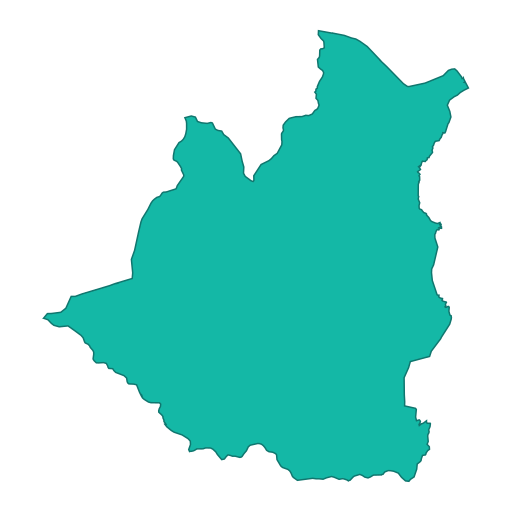 Empat Lawang, Sumatera Selatan, Indonesia
{"feature_id": "22746128B47089116764549", "entity_name": "Empat Lawang", "entity_type": "district", "adm_level": 2, "iso_a3": "IDN", "parent_name": "Indonesia", "parent_adm1": "Sumatera Selatan", "projection": "albers", "projection_center": [102.962, -3.717], "detail": "fine", "context": "isolated", "style": "filled", "palette": "teal", "viewbox_px": 512, "rotation_deg": 0, "n_neighbors": 0, "source": "geoboundaries", "source_scale": "gbopen_adm2", "svg_char_len": 6015}
<svg xmlns="http://www.w3.org/2000/svg" viewBox="0 0 512 512"><path d="M332.3,33.2L318.5,30.7L318.3,34.7L321.1,38.6L323.5,40.9L323.9,42.1L324.3,47.8L322.7,48.7L320.8,48.9L319.8,50.1L319.6,55.8L319.3,57.3L317.5,59.4L318.3,67.0L320.5,69.0L322.6,70.5L323.6,72.5L323.5,73.9L322.4,77.0L319.5,81.4L317.3,86.6L317.3,88.2L316.0,89.1L315.8,91.3L314.8,92.1L316.4,94.2L316.0,98.3L317.9,100.4L318.5,103.6L319.1,105.0L318.0,107.9L316.7,109.5L315.2,110.2L314.6,110.8L312.3,114.0L308.7,115.6L305.8,115.3L302.0,116.6L296.0,116.7L291.3,117.8L289.2,118.4L285.5,122.0L283.2,125.2L283.0,127.9L283.4,129.4L283.4,130.9L281.7,133.3L281.5,134.1L281.6,139.6L282.0,141.5L281.8,144.8L277.2,153.4L274.0,155.6L271.4,158.6L269.0,160.6L261.1,164.5L253.8,175.7L253.9,180.5L253.1,181.5L251.1,180.8L245.2,176.4L243.5,173.2L243.8,167.0L242.1,161.0L240.6,153.8L228.3,138.0L223.7,134.6L221.7,131.1L217.8,130.4L215.3,129.1L212.4,123.0L210.9,122.5L207.3,123.4L205.3,123.2L201.4,122.8L197.5,121.5L195.4,117.1L191.3,116.0L184.9,117.7L186.3,121.0L186.6,123.4L186.6,129.3L185.8,133.7L184.8,136.8L183.2,139.4L181.5,141.1L179.0,142.6L174.5,149.7L173.4,155.7L173.3,158.9L174.0,160.1L176.6,161.3L177.6,162.2L180.2,166.1L181.6,168.6L181.4,170.0L183.6,174.6L183.8,175.6L183.6,176.5L177.3,185.6L176.4,188.1L175.9,188.9L166.2,192.0L163.4,192.2L162.2,193.0L160.2,196.0L159.4,196.6L156.8,197.4L154.4,199.2L152.6,200.9L151.0,203.2L147.9,209.4L142.1,218.8L141.0,221.8L138.6,232.0L134.6,250.4L131.4,259.4L132.7,272.9L132.2,278.5L116.8,283.1L117.3,283.3L116.7,283.5L115.8,283.5L113.7,284.1L109.8,285.6L82.4,293.8L75.3,296.4L71.2,296.4L65.9,308.2L60.8,312.3L51.4,313.5L47.4,313.6L43.6,318.2L44.5,318.3L43.8,318.3L47.9,319.7L51.4,323.4L53.9,325.3L59.2,326.8L68.0,325.9L73.5,329.8L81.0,335.3L83.1,337.7L84.6,341.9L85.2,342.9L88.2,344.3L89.7,346.0L90.2,347.3L91.3,348.6L92.9,350.4L93.7,352.2L93.7,354.4L93.1,358.8L93.3,359.5L94.3,360.9L96.3,362.8L98.5,362.9L103.6,362.6L106.3,363.4L107.7,365.9L108.0,367.2L108.8,368.4L112.7,368.7L113.9,370.6L115.7,372.4L124.0,375.6L126.6,378.0L127.2,381.8L127.9,383.1L128.9,383.9L133.7,384.1L136.6,384.8L139.6,392.4L141.2,395.6L141.4,394.8L141.7,395.1L142.5,397.9L144.2,399.4L148.4,402.0L150.9,402.7L159.5,402.8L160.7,404.1L160.4,406.6L159.3,408.6L158.7,410.7L158.8,412.2L161.8,415.0L162.9,416.5L163.0,418.0L163.9,420.0L164.0,421.6L165.9,424.2L164.9,424.3L166.9,426.9L171.3,430.5L174.1,432.2L182.1,434.9L188.0,438.6L189.8,440.5L190.3,441.2L190.5,444.5L188.7,449.6L189.5,451.4L189.8,451.1L190.7,451.4L193.2,450.9L194.6,450.3L196.8,448.9L203.0,448.8L205.7,447.9L210.6,448.0L212.9,449.2L215.8,451.9L217.4,454.5L221.7,459.6L224.4,459.0L226.2,456.6L228.0,454.9L230.3,455.4L232.4,456.2L235.2,456.2L239.9,457.4L241.4,457.0L242.1,456.4L244.0,453.6L246.4,450.8L248.3,446.8L250.2,445.2L257.7,443.5L259.4,443.6L261.5,444.2L263.3,445.6L264.9,447.5L266.6,450.3L268.9,451.7L272.6,452.2L274.8,453.2L276.3,454.3L276.6,455.2L277.0,459.6L280.6,465.7L281.3,466.5L282.6,467.5L287.9,469.4L289.4,470.6L290.1,471.4L291.2,473.4L292.3,476.1L293.3,477.4L297.4,480.3L312.6,478.3L316.2,478.8L319.2,478.8L323.1,479.2L326.5,477.8L331.5,476.5L334.1,477.2L339.1,479.3L342.4,478.7L343.9,478.9L346.9,479.9L348.4,480.9L348.9,480.5L350.1,480.2L353.0,477.1L354.3,476.1L359.8,474.4L362.3,475.4L364.8,477.1L368.0,477.9L370.3,477.0L373.4,475.1L381.4,474.9L381.5,474.6L383.0,474.3L384.7,472.0L388.1,470.6L388.6,470.6L390.6,470.7L393.6,471.2L398.3,473.1L401.5,477.3L405.5,480.9L408.9,481.3L410.4,479.4L414.2,476.8L414.2,476.5L416.7,469.2L417.2,464.0L419.8,462.0L421.0,460.7L421.4,458.6L422.5,455.4L425.4,454.9L426.0,453.8L426.0,453.1L427.7,450.6L429.5,449.3L429.3,446.7L427.1,444.3L428.2,441.5L427.7,436.1L427.9,434.5L428.7,433.2L429.1,431.9L428.7,429.8L430.0,426.7L430.4,423.7L430.2,423.3L427.2,423.3L426.5,422.2L426.5,420.8L423.3,423.2L421.4,423.8L419.3,425.5L419.0,424.4L419.8,423.3L420.4,421.5L419.9,420.5L419.2,419.9L416.5,420.7L415.6,417.1L416.3,409.5L416.6,409.7L415.4,408.3L404.6,405.9L404.7,401.7L404.3,394.7L404.1,377.7L408.6,367.6L410.3,361.6L429.6,356.4L431.3,351.2L440.7,338.7L441.4,337.2L449.7,324.2L451.2,319.2L451.4,317.5L451.1,315.7L450.2,315.3L449.8,314.7L448.9,311.3L449.2,307.3L448.7,306.5L448.4,306.4L447.8,306.5L446.5,307.2L445.8,307.4L445.2,307.1L445.1,306.5L445.7,306.1L445.8,305.7L445.4,304.2L446.4,302.4L446.0,301.9L445.3,301.9L442.9,301.1L442.1,300.5L441.9,300.2L442.6,298.9L442.5,298.5L440.3,298.1L438.7,296.8L439.0,295.2L437.7,295.1L437.1,294.8L432.3,280.5L431.5,272.7L431.7,268.9L433.6,264.9L437.8,247.0L434.9,238.0L434.8,234.4L435.5,233.3L435.9,231.6L436.9,229.9L437.5,229.5L438.6,229.9L439.1,229.7L439.0,228.8L439.2,228.2L438.9,227.8L439.4,227.7L440.6,228.3L441.5,228.3L441.5,226.8L440.9,226.1L440.4,226.3L440.5,225.2L439.6,224.5L439.7,224.2L440.4,224.6L441.1,224.6L441.0,224.2L440.2,223.4L440.0,222.5L437.6,223.5L435.6,223.1L431.7,221.5L430.5,220.5L428.8,217.5L426.6,215.2L426.5,214.0L425.8,213.3L423.8,212.6L422.0,210.5L421.6,209.7L419.8,209.1L419.2,208.2L419.0,205.7L419.7,202.8L418.2,199.0L418.7,196.4L418.2,195.8L418.3,184.3L419.1,182.1L418.7,181.8L419.7,180.2L419.6,176.6L419.1,176.0L419.1,175.5L420.0,174.3L418.9,173.0L417.9,172.4L417.6,171.7L419.8,170.1L420.5,169.4L418.9,167.0L419.6,167.1L420.3,166.2L419.1,166.4L419.3,166.0L420.0,165.7L421.2,164.6L421.6,162.8L422.4,161.2L425.3,161.5L425.8,160.7L427.1,159.7L427.4,157.8L429.0,157.6L429.5,156.1L432.5,152.5L432.3,150.9L432.0,150.3L432.9,148.0L432.4,146.9L433.6,145.1L434.1,143.3L435.3,141.3L439.1,140.6L440.0,138.8L441.2,137.4L442.1,134.8L443.0,133.4L442.9,132.7L444.8,133.0L445.5,131.8L448.0,123.8L448.9,122.6L450.9,117.0L449.8,111.4L447.3,105.2L449.6,100.1L454.2,96.7L457.4,95.1L460.3,92.5L464.0,90.2L468.4,88.0L465.6,82.7L464.3,82.3L465.1,81.7L463.5,78.6L463.4,78.1L463.3,78.3L463.2,78.1L462.1,78.5L461.6,77.0L456.9,70.8L454.7,68.9L451.7,69.2L448.4,70.4L443.2,75.7L425.1,83.1L408.8,86.6L407.3,86.4L403.3,83.6L386.6,66.5L380.2,60.5L380.4,60.4L367.3,46.6L359.9,41.3L355.8,39.0L351.5,38.0L344.3,35.4L332.6,33.1L332.9,32.6L332.3,33.2Z" fill="#14b8a6" stroke="#0f766e" stroke-width="1.5"/></svg>